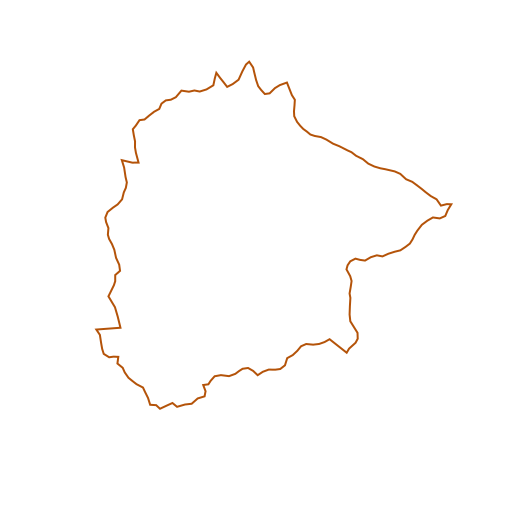 Bocaina, São Paulo, Brazil, rotated 112°
{"feature_id": "56859067B85307628604118", "entity_name": "Bocaina", "entity_type": "district", "adm_level": 2, "iso_a3": "BRA", "parent_name": "Brazil", "parent_adm1": "São Paulo", "projection": "albers", "projection_center": [-48.534, -22.093], "detail": "fine", "context": "isolated", "style": "outline", "palette": "amber", "viewbox_px": 512, "rotation_deg": 112, "n_neighbors": 0, "source": "geoboundaries", "source_scale": "gbopen_adm2", "svg_char_len": 2512}
<svg xmlns="http://www.w3.org/2000/svg" viewBox="0 0 512 512"><g transform="rotate(112 256 256)"><path d="M101.0,361.4L106.9,360.7L113.7,359.5L120.1,364.3L124.6,369.8L125.6,375.1L128.8,379.7L130.6,387.1L138.8,389.8L143.0,393.5L145.5,397.9L150.1,400.7L155.9,400.8L160.4,404.5L165.9,407.7L171.2,410.5L173.7,414.9L180.2,416.3L184.6,417.7L189.7,414.6L195.0,411.1L200.6,408.9L205.3,406.0L213.4,399.9L215.8,405.7L217.4,416.3L223.4,411.4L231.7,406.5L236.2,403.3L241.6,402.2L246.5,402.4L253.6,401.4L260.0,403.6L264.7,406.7L270.8,410.1L276.9,410.1L280.7,407.7L285.4,403.3L291.8,401.3L295.2,398.6L298.9,394.0L303.3,389.7L310.1,385.1L315.3,379.6L320.7,376.5L326.4,379.4L332.1,377.1L336.3,376.8L348.7,377.7L352.7,372.4L356.3,367.6L364.0,361.5L373.3,354.8L384.0,376.5L387.6,371.2L394.7,367.0L399.8,363.8L403.8,360.5L404.9,354.2L402.7,350.4L401.1,345.9L407.6,344.2L409.6,337.7L413.1,334.1L416.7,328.6L418.3,323.4L419.6,318.8L420.3,311.5L423.3,308.3L428.1,302.9L433.6,298.4L431.7,292.7L433.6,287.8L428.0,282.6L423.6,278.4L425.4,272.7L420.3,266.2L417.1,260.3L409.9,256.7L405.4,251.1L400.3,252.1L395.4,256.6L392.8,252.1L388.7,251.3L383.0,249.3L379.6,243.9L377.5,236.0L373.0,231.0L369.0,228.6L365.6,226.2L362.8,221.4L363.6,215.6L365.9,209.8L360.8,206.3L356.6,201.7L354.1,195.4L351.7,191.2L346.5,188.2L339.0,188.8L334.1,184.8L328.5,182.2L322.8,180.4L318.8,176.5L316.8,169.8L313.9,164.5L310.1,160.2L305.6,156.6L311.7,135.7L307.0,135.0L299.2,131.2L294.6,130.7L289.2,133.1L281.2,144.1L275.2,147.3L267.2,150.2L259.5,152.8L255.7,155.2L249.2,156.6L243.4,158.0L239.4,161.1L234.5,167.1L230.3,167.6L225.6,166.6L221.2,162.8L220.6,158.0L219.4,153.2L214.1,149.1L210.1,144.2L209.0,138.6L204.3,134.1L200.0,128.9L196.7,124.3L191.6,120.8L186.9,118.0L182.0,117.1L176.9,116.8L172.0,115.9L164.9,113.9L159.0,110.3L154.0,106.4L152.3,99.7L148.0,95.5L141.5,95.4L134.9,94.3L136.4,98.5L140.0,103.4L135.8,109.8L135.0,116.3L133.3,122.6L131.8,127.3L130.5,132.0L128.7,138.9L128.6,145.6L125.8,153.0L125.6,159.1L127.1,168.6L128.1,173.6L128.7,179.8L128.3,186.5L126.2,193.1L125.6,200.7L124.0,206.3L123.8,210.8L123.0,219.9L123.0,226.6L121.7,234.3L121.4,240.3L122.7,246.5L123.0,251.1L121.6,255.4L120.5,259.8L118.7,263.8L116.3,268.1L112.1,272.9L107.6,275.0L102.0,276.7L96.6,278.5L93.4,283.0L83.6,292.3L88.6,297.9L93.2,301.3L100.1,304.3L102.5,308.5L100.1,313.5L97.7,317.6L92.7,321.9L86.3,326.5L82.3,329.3L78.4,335.1L82.2,337.0L89.7,337.8L99.1,338.2L105.3,342.0L110.0,346.1L106.9,351.4L104.2,356.2L101.0,361.4Z" fill="none" stroke="#b45309" stroke-width="2"/></g></svg>